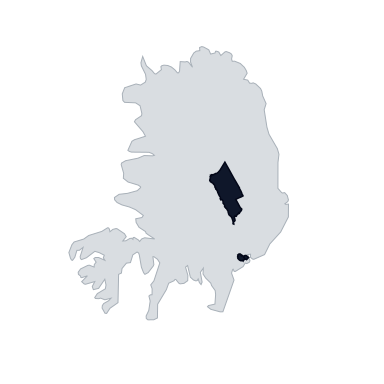 location of Ásahreppur, Suðurland, Iceland, rotated 290°
{"feature_id": "244011B31453435550318", "entity_name": "Ásahreppur", "entity_type": "district", "adm_level": 2, "iso_a3": "ISL", "parent_name": "Iceland", "parent_adm1": "Suðurland", "projection": "albers", "projection_center": [-19.181, 64.281], "detail": "fine", "context": "in_parent", "style": "filled", "palette": "ink", "viewbox_px": 384, "rotation_deg": 290, "n_neighbors": 0, "source": "geoboundaries", "source_scale": "gbopen_adm2", "svg_char_len": 8065}
<svg xmlns="http://www.w3.org/2000/svg" viewBox="0 0 384 384"><g transform="rotate(290 192 192)"><path d="M279.2,110.5L282.1,110.5L286.7,108.1L293.2,101.3L296.0,99.8L302.5,99.3L295.0,106.0L292.4,112.9L290.4,116.3L290.5,117.8L296.5,121.4L299.1,119.9L300.3,120.4L301.6,122.2L302.6,126.0L302.4,129.9L301.0,134.0L299.0,137.5L299.4,138.6L301.2,139.0L310.5,136.3L311.9,141.1L312.9,142.6L312.8,144.3L309.4,149.8L313.6,146.2L317.0,145.0L323.2,146.1L325.8,147.8L327.5,151.0L330.4,149.7L332.0,151.5L332.2,153.5L331.3,159.2L328.0,162.3L330.5,166.1L332.3,166.0L332.7,166.9L332.7,169.3L330.1,172.4L335.0,175.1L335.7,176.2L335.7,179.8L335.1,181.9L333.8,183.2L330.5,183.7L328.6,185.1L329.5,187.3L329.3,193.4L327.1,198.5L324.8,201.3L322.5,203.2L315.6,201.9L316.2,206.1L314.0,208.9L314.6,211.1L315.5,212.1L315.3,215.0L312.7,221.0L310.6,223.1L306.4,225.6L300.4,231.4L294.0,231.7L278.6,240.2L272.6,244.6L261.9,257.4L257.2,260.8L249.1,262.7L224.8,271.5L222.1,276.4L222.0,277.4L223.1,279.3L221.3,282.7L217.6,285.3L215.8,285.3L212.7,283.3L212.4,284.3L213.6,286.8L201.5,291.1L184.7,289.0L169.8,282.9L158.0,281.6L149.9,273.1L149.7,271.8L150.6,269.3L153.6,268.3L152.3,265.7L147.2,270.0L145.6,269.9L143.5,268.0L143.4,266.3L139.3,265.5L132.3,260.0L131.8,258.8L133.6,257.1L133.2,256.7L129.3,256.9L123.6,261.6L90.0,262.0L89.0,259.4L88.2,249.8L89.5,245.8L90.9,246.3L94.5,251.9L103.6,249.3L107.3,247.5L110.8,242.4L112.8,240.8L115.8,234.3L118.7,230.4L124.3,228.7L119.4,227.3L110.8,232.3L108.1,232.2L109.4,229.9L112.4,227.5L110.5,227.2L109.8,226.0L109.8,223.5L111.4,219.6L121.4,213.0L119.2,211.6L112.3,216.6L107.2,218.3L103.4,215.7L101.6,212.2L101.8,210.8L104.3,206.7L104.0,205.9L102.4,205.4L98.3,201.3L91.5,201.3L74.8,198.1L61.8,202.6L58.9,199.8L56.8,194.3L57.5,192.3L59.8,191.3L65.9,191.9L75.2,190.0L79.5,187.1L81.1,188.0L81.8,189.6L87.5,187.6L90.6,185.0L95.5,186.6L114.4,186.0L117.0,182.5L118.2,178.3L117.8,177.4L110.7,181.0L109.1,180.9L101.3,178.4L98.5,175.9L99.6,174.1L104.0,170.2L115.0,163.9L116.5,162.6L116.8,160.9L112.7,157.9L104.6,158.3L102.7,154.7L96.2,152.4L91.7,153.4L89.5,151.2L62.7,160.3L54.7,154.7L48.7,153.3L48.3,151.7L52.2,147.2L54.6,146.6L57.0,147.2L61.4,150.9L64.5,152.2L60.9,147.0L61.0,142.3L59.9,141.0L58.9,137.7L59.5,136.7L64.2,137.8L71.4,143.7L75.2,143.0L80.2,139.9L69.5,137.2L66.5,132.7L69.1,130.6L74.6,131.3L68.9,123.5L68.7,122.2L70.0,119.0L77.5,122.4L73.8,117.7L73.7,116.8L74.9,116.0L75.8,113.4L77.7,112.5L81.6,113.6L87.3,119.1L88.1,120.5L88.0,125.7L90.4,125.0L93.3,125.9L95.8,122.5L97.4,123.5L98.5,126.6L98.0,133.5L99.8,131.2L102.6,131.2L103.3,125.5L103.0,121.0L94.1,115.3L90.7,111.3L91.2,110.0L93.0,109.0L102.7,108.6L98.7,106.1L97.8,103.8L90.5,104.2L86.9,103.1L86.9,101.9L88.4,100.3L93.0,97.0L101.4,97.2L104.7,98.3L110.8,106.4L115.8,109.8L124.1,120.7L129.5,124.9L129.7,126.0L128.8,127.1L126.6,128.5L129.8,130.4L131.7,133.2L131.8,134.4L129.7,142.8L127.5,145.5L122.3,143.7L123.5,146.5L127.1,149.5L127.9,151.1L127.3,152.7L129.1,152.3L129.6,153.2L128.6,158.0L127.6,159.7L130.7,160.8L132.8,163.2L135.1,173.0L136.8,165.6L137.6,162.9L138.9,161.9L140.7,154.3L144.3,149.9L147.6,148.3L150.9,153.7L153.3,154.3L156.1,145.0L156.5,138.1L155.9,130.6L156.5,125.2L158.2,122.0L160.3,121.0L164.9,124.3L168.7,131.9L174.5,140.1L178.6,142.2L179.3,141.9L180.1,139.2L179.5,128.5L181.4,122.8L186.2,121.4L193.5,116.1L195.1,115.9L198.7,118.9L205.3,129.7L209.9,134.6L212.5,142.6L213.6,144.1L214.5,141.6L214.6,138.0L208.8,121.5L208.7,119.3L209.2,117.5L219.1,118.2L221.4,120.0L228.5,129.2L231.9,125.3L238.3,113.9L240.6,114.2L246.5,118.5L248.7,118.0L255.3,113.7L256.5,108.5L253.2,98.0L254.3,95.8L260.4,92.9L267.0,93.1L274.4,102.5L274.9,107.1L279.2,110.5Z" fill="#d9dde1" stroke="#a8b0b8" stroke-width="1"/><path d="M208.8,204.9L208.8,205.0L208.7,205.1L208.4,205.3L208.3,205.6L208.1,205.7L207.9,205.9L207.9,206.3L208.0,206.6L207.8,206.8L207.8,207.1L207.6,207.4L207.6,207.6L207.6,207.8L207.5,208.0L207.5,208.3L207.4,208.5L207.3,208.8L207.3,209.0L207.2,209.2L207.2,209.3L206.8,209.4L206.7,209.5L206.7,209.8L206.6,210.1L206.4,210.5L206.1,210.9L206.0,211.0L205.7,211.0L205.4,211.4L205.3,211.5L204.5,211.9L204.3,212.0L204.2,212.1L204.2,212.3L203.9,212.6L203.8,213.0L203.7,213.1L203.2,213.1L202.9,213.3L202.8,213.5L202.7,213.7L202.7,213.9L202.6,214.2L202.5,214.4L202.2,214.8L201.9,215.0L201.7,215.3L201.7,215.5L201.3,215.8L201.2,216.0L200.9,216.0L200.5,216.4L200.1,216.5L200.1,217.0L200.0,217.4L199.8,217.5L199.6,217.5L199.2,217.5L198.7,218.0L198.6,218.3L198.2,218.5L198.1,218.8L197.8,218.9L197.7,219.0L197.5,219.4L197.5,219.5L197.2,219.9L197.1,220.1L196.7,220.4L196.2,220.7L196.1,220.8L195.8,220.8L195.4,220.7L195.2,220.8L195.1,221.0L194.8,221.4L194.7,221.7L194.6,221.8L194.9,221.9L195.0,222.0L195.2,222.5L194.8,223.0L194.7,223.4L194.6,223.7L194.6,223.8L194.1,224.3L193.8,224.3L193.7,224.3L193.2,224.6L192.7,224.8L192.0,225.1L191.9,225.5L191.7,225.7L191.5,226.2L191.3,226.5L191.1,226.6L190.7,227.2L190.4,227.4L190.2,227.5L189.9,227.5L189.4,227.6L188.9,228.4L188.9,228.6L188.8,228.8L188.4,229.2L188.4,229.4L188.2,229.8L188.1,230.2L187.9,230.5L187.7,230.7L187.4,231.0L187.2,231.2L187.0,231.6L186.4,232.3L186.2,232.4L186.1,232.5L185.9,232.7L185.0,233.1L184.8,233.4L184.6,233.5L184.4,233.6L184.1,233.8L183.8,234.0L183.7,234.1L183.5,234.4L183.4,234.5L183.1,234.8L182.9,235.1L182.8,235.4L182.8,235.7L182.8,235.9L182.6,236.1L182.5,236.3L182.5,236.7L182.3,237.0L182.2,237.3L181.9,237.5L181.7,237.8L181.2,238.4L181.1,238.5L180.1,239.3L178.8,240.3L178.3,240.6L177.9,240.8L177.5,241.0L177.2,241.2L176.9,241.2L176.3,241.3L176.2,241.4L176.1,241.5L176.1,242.1L176.1,242.3L176.6,242.1L177.0,241.5L177.3,241.4L177.9,241.4L178.2,241.4L178.4,241.5L178.7,241.7L178.8,241.9L179.1,242.0L179.9,242.2L180.1,242.1L180.6,241.9L180.9,241.7L181.2,241.5L181.6,241.3L181.7,241.1L182.6,240.5L183.2,240.3L183.5,240.1L183.8,240.2L184.0,240.5L183.8,240.7L184.0,240.8L184.0,241.0L184.3,241.1L184.6,241.5L184.4,241.6L184.3,241.8L184.5,242.0L184.9,242.0L185.0,242.0L185.3,241.9L185.5,241.8L185.9,242.1L186.5,242.5L187.0,242.7L187.6,242.8L187.8,242.8L187.9,243.0L188.1,243.0L187.9,243.3L187.8,243.5L188.2,243.8L188.5,243.6L189.0,243.8L190.8,244.5L191.3,244.6L191.5,244.7L191.8,244.5L192.2,244.5L192.4,244.7L192.6,244.7L192.9,244.6L193.1,244.5L193.8,242.7L198.0,238.0L200.0,235.6L202.4,237.9L204.4,240.1L205.3,240.9L205.8,241.3L206.0,241.1L206.6,240.5L206.7,240.2L206.9,239.9L208.4,238.8L210.1,237.1L211.3,235.6L211.6,235.4L212.1,235.2L212.7,234.5L213.0,234.1L213.4,233.6L214.0,232.9L216.1,230.4L216.7,229.7L218.8,227.1L225.9,219.0L231.3,212.7L221.9,210.8L219.4,209.8L218.5,209.3L218.2,209.1L217.7,208.4L217.3,207.6L217.1,207.5L216.7,207.3L216.5,207.0L216.3,206.9L216.2,206.8L216.2,206.7L215.8,206.5L215.7,206.5L215.6,206.1L215.4,205.9L215.4,205.7L215.2,205.5L215.2,205.3L215.0,205.2L215.1,204.9L215.1,204.7L214.9,204.6L214.8,204.4L214.5,204.4L214.3,204.5L214.3,204.4L214.2,204.3L214.0,204.2L214.0,203.9L213.7,204.1L213.7,203.9L213.4,203.8L213.2,204.0L212.9,204.0L212.6,203.8L212.3,204.1L212.1,204.1L211.9,204.2L211.8,204.4L211.7,204.4L211.5,204.5L211.2,204.5L210.9,204.5L210.7,204.7L210.3,204.8L210.3,204.7L210.2,204.5L209.7,204.6L209.5,204.8L209.4,204.7L209.2,204.6L208.8,204.8L208.8,204.9ZM144.6,263.6L144.8,263.6L145.0,263.7L145.3,263.4L145.5,263.3L145.9,264.0L146.0,264.1L146.8,264.5L147.0,264.4L147.1,264.5L147.1,264.8L147.3,264.9L147.3,265.1L147.2,265.2L147.3,265.3L147.2,266.1L147.3,266.3L147.2,266.5L149.8,267.6L150.9,264.5L150.4,263.4L149.8,262.9L148.2,263.6L148.1,263.0L149.1,262.4L149.1,262.2L149.3,262.0L149.3,261.9L149.3,261.7L149.5,261.6L149.4,261.6L149.5,261.2L149.4,261.1L149.5,261.1L149.5,260.9L149.6,260.7L149.3,260.6L149.1,260.4L149.0,259.8L149.3,259.8L149.8,259.6L150.0,259.5L150.0,259.4L150.3,258.2L149.7,257.9L149.6,257.1L148.4,256.5L148.1,256.8L147.8,257.0L147.5,257.0L146.8,257.0L146.7,257.0L146.6,257.4L146.3,257.4L146.0,257.6L145.5,257.7L145.3,257.8L145.2,257.9L145.3,258.1L145.0,258.5L144.6,259.1L144.4,259.5L144.2,260.1L144.2,260.4L144.1,260.8L144.1,261.3L144.2,261.6L144.3,262.0L144.6,262.4L144.7,262.7L144.7,262.9L144.8,263.2L144.7,263.4L144.6,263.6Z" fill="#0f172a" stroke="#020617" stroke-width="1.5"/></g></svg>